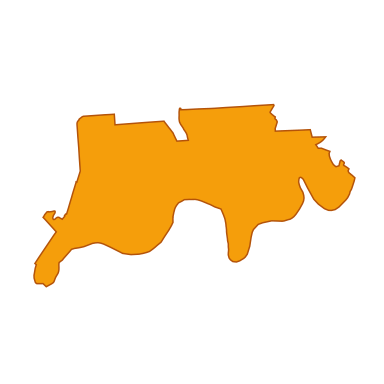 outline of Nanesti, Vrancea, Romania, rotated 86°
{"feature_id": "2599482B9784868122907", "entity_name": "Nanesti", "entity_type": "district", "adm_level": 2, "iso_a3": "ROU", "parent_name": "Romania", "parent_adm1": "Vrancea", "projection": "equal_earth", "projection_center": [27.499, 45.566], "detail": "fine", "context": "isolated", "style": "filled", "palette": "amber", "viewbox_px": 384, "rotation_deg": 86, "n_neighbors": 0, "source": "geoboundaries", "source_scale": "gbopen_adm2", "svg_char_len": 5950}
<svg xmlns="http://www.w3.org/2000/svg" viewBox="0 0 384 384"><g transform="rotate(86 192 192)"><path d="M257.1,353.7L262.1,354.9L264.0,355.4L266.9,355.5L269.8,354.9L271.1,354.6L271.8,354.2L272.6,353.2L272.7,351.7L273.0,347.0L276.3,344.0L273.8,338.5L272.8,336.8L272.3,336.3L271.3,335.7L268.4,334.4L267.0,333.6L264.6,331.9L263.5,331.2L262.5,330.8L261.6,330.5L260.2,330.2L258.2,330.0L255.4,329.9L253.9,329.7L253.0,329.4L250.8,326.0L249.4,324.8L242.6,317.9L240.8,316.2L240.1,313.2L239.8,309.5L239.5,306.9L239.0,303.7L238.1,300.7L236.3,294.8L236.0,291.8L236.0,289.3L236.6,286.7L237.7,283.9L241.4,277.2L247.1,267.6L248.4,265.5L250.0,258.2L250.2,257.1L250.3,249.8L250.3,249.4L250.3,248.8L250.2,248.3L250.1,247.4L250.0,246.7L249.9,245.5L249.2,241.8L248.9,240.6L248.6,239.5L248.5,239.1L248.4,238.7L247.9,237.8L246.0,234.8L244.6,232.8L242.6,230.2L240.2,226.8L240.0,226.6L239.8,226.3L238.4,225.3L237.6,224.7L235.5,223.2L234.6,222.5L233.9,222.0L232.1,220.6L229.1,218.3L227.9,217.4L226.9,216.8L226.0,216.1L224.4,215.1L223.5,214.5L221.9,213.7L221.7,213.5L221.4,213.3L221.0,213.1L218.9,213.0L217.2,212.9L216.2,212.8L215.8,212.8L215.8,212.7L215.6,212.7L214.1,212.4L212.4,211.9L211.2,211.6L209.8,211.1L208.6,210.7L207.9,210.5L206.5,209.8L205.5,209.2L204.1,208.2L203.4,207.5L202.3,206.6L202.0,206.3L201.8,206.0L200.5,202.9L199.1,200.2L199.2,197.1L199.2,195.2L199.3,194.4L199.4,193.2L199.6,189.3L200.2,186.8L201.4,183.7L201.6,183.2L203.9,178.6L204.2,178.0L204.4,177.7L205.7,174.9L206.2,174.0L206.8,173.0L208.1,170.9L208.5,170.2L210.9,164.5L211.0,164.3L211.4,164.2L211.5,164.1L213.4,163.4L215.8,162.6L217.3,162.1L218.4,161.8L220.1,161.3L221.3,161.0L222.1,160.9L222.7,160.8L223.9,160.7L225.1,160.5L226.8,160.4L228.6,160.4L229.3,160.3L232.6,160.2L233.3,160.3L235.3,160.3L236.7,160.2L241.2,159.9L241.9,159.9L242.7,159.9L243.7,159.8L246.1,159.4L249.3,159.6L252.1,159.5L253.5,159.7L255.2,160.0L257.3,160.2L260.4,159.6L262.3,158.4L264.2,156.2L264.5,154.9L264.9,152.5L264.0,149.2L262.9,147.1L261.9,145.1L260.6,143.4L257.9,141.2L250.2,138.2L241.3,136.2L236.3,134.7L233.7,133.3L228.9,128.2L227.6,123.6L226.3,114.5L227.4,104.1L227.3,102.2L226.3,98.0L226.0,96.1L225.1,94.2L223.7,92.1L221.5,89.9L216.4,85.9L211.3,82.6L208.6,81.3L205.8,80.7L203.1,80.8L200.0,81.4L195.4,83.6L192.2,84.5L189.5,84.9L186.9,84.5L185.3,83.9L184.9,82.9L185.3,81.8L187.1,80.1L195.8,76.5L207.7,71.0L212.9,66.8L217.9,61.0L219.8,57.1L220.1,54.2L219.5,50.4L217.2,46.4L214.8,43.7L210.7,39.1L208.5,37.1L205.0,35.0L202.5,34.2L200.5,32.8L198.2,31.8L192.2,29.4L189.2,28.5L186.1,31.5L185.6,32.3L185.1,32.5L184.1,33.8L183.7,34.0L183.2,34.3L182.6,34.6L181.9,34.8L181.4,34.7L180.9,34.3L180.2,34.0L179.9,33.8L178.7,35.1L177.8,36.3L177.2,37.0L176.2,38.6L176.0,38.8L175.8,38.9L175.5,38.9L175.2,38.8L174.5,38.4L173.8,38.1L173.5,38.1L173.2,38.1L172.9,38.3L172.6,38.6L172.2,39.0L171.0,40.5L170.5,41.0L171.1,41.9L171.3,42.0L172.0,42.3L172.9,42.5L173.7,42.9L174.7,43.1L176.1,43.6L176.8,46.6L176.2,47.4L175.5,48.0L174.6,49.0L174.2,49.2L173.5,49.6L172.7,50.0L171.0,50.8L169.3,51.5L166.8,52.2L165.9,52.4L165.2,52.5L164.4,52.5L163.6,52.5L163.4,52.6L163.2,52.6L162.6,52.3L161.1,51.6L159.7,54.8L157.6,59.3L157.3,60.0L157.2,63.0L153.4,65.2L153.1,64.3L152.6,63.1L152.2,62.4L151.9,61.6L151.5,60.9L150.8,59.7L150.5,59.2L150.0,58.6L149.5,57.9L148.8,57.1L147.7,56.1L146.9,55.3L146.3,54.8L145.7,68.3L138.1,69.7L137.9,78.6L137.4,95.0L137.1,104.6L134.7,104.6L134.2,104.5L131.8,103.5L129.9,102.8L129.2,102.5L128.0,102.1L127.0,102.4L126.1,102.8L125.8,103.0L125.3,103.6L125.0,103.8L124.7,104.1L124.4,104.1L124.0,104.1L123.3,103.8L122.9,103.7L122.5,104.2L122.1,104.8L121.3,105.6L120.2,106.8L119.3,107.6L118.7,108.2L118.2,108.5L117.8,108.6L111.5,104.2L110.5,104.5L110.4,114.5L110.3,122.9L110.3,123.6L110.3,135.8L110.1,152.9L110.1,160.9L110.1,161.9L110.1,163.6L110.0,168.2L109.6,180.2L109.4,191.6L109.3,194.6L109.2,196.6L109.2,197.4L108.8,197.4L108.3,197.3L107.9,197.4L107.7,197.6L107.7,198.5L108.0,198.6L108.5,198.8L109.0,198.9L110.3,199.1L111.2,199.3L112.8,199.4L114.7,199.5L116.4,199.7L117.8,199.8L118.8,199.8L120.1,199.7L121.2,199.6L122.5,199.1L123.7,198.6L125.1,197.8L125.9,197.3L126.5,197.0L127.5,196.4L129.0,195.8L129.7,195.4L131.0,194.6L132.5,193.8L133.5,193.4L134.7,193.0L135.4,192.9L137.2,192.7L138.2,192.5L139.1,192.3L140.2,192.1L140.2,203.5L136.6,205.0L135.0,205.6L134.1,206.0L132.9,206.4L132.1,206.7L131.5,207.0L131.2,207.1L130.8,207.5L129.4,208.4L127.4,209.7L126.2,210.6L123.7,212.2L122.5,213.0L121.8,213.5L120.0,214.7L119.7,214.9L119.4,215.0L119.4,217.8L119.4,234.5L119.5,247.5L119.6,264.1L111.5,264.1L109.0,264.1L109.0,267.6L108.9,274.5L108.9,277.2L108.9,287.0L108.9,292.7L108.9,295.1L109.3,296.3L109.5,296.6L110.4,297.9L110.9,298.7L111.6,299.6L112.1,299.6L112.6,300.2L113.4,300.9L114.2,301.5L114.8,301.7L115.4,301.9L116.9,302.0L118.0,302.0L119.2,302.0L123.2,302.0L126.6,302.0L127.8,302.0L129.8,302.0L140.4,301.9L150.9,302.0L162.8,302.0L163.1,302.0L163.6,302.1L174.1,306.2L173.8,306.9L174.7,307.1L177.0,308.0L179.9,309.1L183.0,310.3L185.9,311.4L189.0,312.5L192.1,313.7L199.7,316.5L204.6,318.4L205.1,318.6L205.3,318.7L205.3,318.9L205.1,319.3L205.4,319.8L205.6,320.0L206.0,320.2L206.3,320.4L206.6,320.8L206.9,320.7L207.1,320.6L207.3,320.8L207.6,320.9L209.6,322.9L210.1,323.3L209.7,324.0L209.2,324.7L209.0,325.2L208.5,325.8L208.2,326.2L208.0,326.6L207.9,327.0L207.8,327.5L207.9,328.0L208.0,328.4L208.3,328.9L208.9,329.9L209.3,330.2L209.5,330.6L209.7,331.0L209.8,331.3L209.8,331.9L209.7,332.1L209.4,332.4L209.0,332.5L208.5,332.7L208.0,332.7L207.4,332.6L206.8,332.3L205.8,331.9L204.8,331.2L204.2,330.8L203.9,330.5L203.5,330.3L203.1,330.1L202.7,330.0L202.0,329.9L201.7,330.0L201.4,330.2L201.4,330.6L201.4,331.4L201.6,332.3L201.7,332.9L201.8,334.2L201.8,335.1L201.9,335.7L201.9,336.2L201.6,336.5L201.7,338.0L204.3,340.5L206.1,341.6L206.9,342.3L210.1,339.7L213.3,337.2L218.9,332.8L222.3,330.2L225.4,332.8L231.7,337.7L239.1,343.5L246.8,349.5L252.4,353.7L253.6,352.4L257.1,353.7Z" fill="#f59e0b" stroke="#b45309" stroke-width="1.5"/></g></svg>